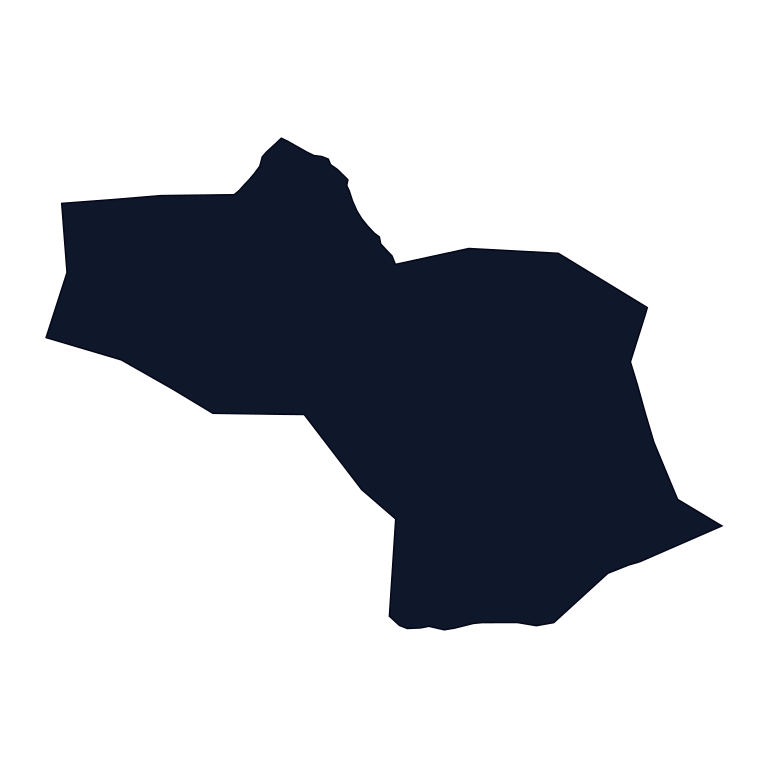 outline of Bela Vista do Piauí, Piauí, Brazil
{"feature_id": "56859067B1164348175841", "entity_name": "Bela Vista do Piauí", "entity_type": "district", "adm_level": 2, "iso_a3": "BRA", "parent_name": "Brazil", "parent_adm1": "Piauí", "projection": "mercator", "projection_center": [-41.861, -7.998], "detail": "fine", "context": "isolated", "style": "filled", "palette": "ink", "viewbox_px": 768, "rotation_deg": 0, "n_neighbors": 0, "source": "geoboundaries", "source_scale": "gbopen_adm2", "svg_char_len": 1040}
<svg xmlns="http://www.w3.org/2000/svg" viewBox="0 0 768 768"><path d="M647.3,307.6L558.3,253.3L468.8,248.5L395.4,264.4L392.0,255.9L386.1,249.8L380.7,243.9L379.4,237.0L374.2,233.1L367.4,225.8L361.7,218.7L357.0,211.1L352.6,201.2L349.2,190.8L346.7,185.5L347.9,179.8L343.3,175.2L337.3,169.4L330.5,164.6L328.3,159.1L321.7,156.5L313.8,155.5L306.1,151.7L300.7,148.6L295.7,145.8L288.0,141.4L281.3,138.2L275.7,143.6L271.3,147.6L266.4,152.1L262.3,156.8L259.8,166.2L254.3,173.6L248.8,180.1L244.2,184.9L239.4,190.3L234.2,194.7L160.8,195.6L112.7,199.6L61.7,203.4L66.0,259.2L67.0,272.6L46.1,337.6L121.3,359.9L172.0,388.7L212.9,413.3L284.1,414.3L304.2,414.5L361.7,489.6L395.7,519.0L389.4,616.2L399.4,625.4L407.3,628.5L420.7,627.9L428.9,626.3L444.2,629.8L454.2,628.2L473.5,623.4L481.9,622.6L505.7,622.5L517.3,622.5L536.4,625.7L553.8,622.6L607.8,573.3L628.3,565.1L640.1,561.6L655.4,554.9L721.9,525.9L716.6,522.8L677.6,499.4L653.9,442.3L645.3,413.3L637.3,384.5L630.4,361.9L645.7,313.2L647.3,307.6Z" fill="#0f172a" stroke="#020617" stroke-width="1.5"/></svg>